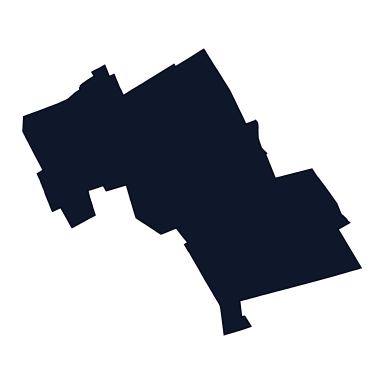 outline of Sahateni, Buzau, Romania
{"feature_id": "2599482B74966018591797", "entity_name": "Sahateni", "entity_type": "district", "adm_level": 2, "iso_a3": "ROU", "parent_name": "Romania", "parent_adm1": "Buzau", "projection": "albers", "projection_center": [26.561, 45.012], "detail": "fine", "context": "isolated", "style": "filled", "palette": "ink", "viewbox_px": 384, "rotation_deg": 0, "n_neighbors": 0, "source": "geoboundaries", "source_scale": "gbopen_adm2", "svg_char_len": 5580}
<svg xmlns="http://www.w3.org/2000/svg" viewBox="0 0 384 384"><path d="M361.0,267.8L357.3,261.7L355.4,258.5L350.4,250.1L346.8,244.1L343.2,238.0L337.9,229.2L342.9,226.4L349.5,222.7L349.1,222.3L348.5,221.9L347.9,221.6L347.6,221.3L346.6,219.4L345.4,218.2L344.4,217.3L344.2,217.1L343.1,216.0L341.1,214.6L340.1,212.1L339.6,211.0L338.8,208.9L336.7,203.7L331.2,195.9L328.6,192.2L328.2,191.8L327.8,191.2L327.3,190.5L326.8,189.7L326.5,189.3L326.0,188.7L322.4,183.8L318.1,178.1L317.3,177.2L316.5,176.2L311.9,169.1L310.0,169.6L294.3,173.6L275.2,178.5L273.8,175.0L270.5,166.7L266.8,157.6L265.5,154.6L266.5,153.3L263.9,150.9L263.5,150.4L261.3,148.1L259.3,142.4L258.1,138.5L257.9,136.3L257.9,134.8L257.8,134.2L257.8,132.9L257.8,131.7L257.7,131.3L257.7,129.7L257.8,128.6L257.9,128.3L257.8,126.2L257.7,125.0L257.4,123.1L257.1,122.2L256.4,121.6L255.5,120.4L255.3,120.5L255.2,120.6L254.8,120.9L254.5,121.1L253.8,121.3L251.9,122.0L251.5,122.1L251.1,122.3L246.1,124.1L245.4,123.5L245.3,123.4L244.8,122.3L243.4,119.1L242.5,117.3L241.7,115.6L241.0,114.1L238.9,109.9L236.8,105.5L236.7,105.3L233.8,99.2L233.1,97.8L232.1,95.8L230.0,91.5L229.5,90.5L228.7,89.2L225.5,84.1L223.8,81.4L222.4,79.2L220.2,75.5L218.1,72.3L216.9,70.1L216.6,69.9L215.4,68.0L213.3,64.8L212.3,63.1L211.3,61.5L210.7,60.5L209.7,58.9L208.8,57.6L207.7,55.7L207.0,54.6L206.9,54.5L205.0,51.2L204.7,50.7L204.5,50.4L203.7,49.4L197.6,53.2L193.3,55.9L193.3,56.0L193.2,56.1L175.3,67.0L174.8,65.9L174.0,64.5L173.7,64.7L166.3,69.2L159.4,73.5L154.4,76.6L152.1,78.0L146.5,81.4L144.2,82.9L142.3,84.1L138.3,86.4L136.3,87.7L135.9,87.9L133.0,89.6L132.3,90.0L129.3,91.9L128.6,92.4L127.0,93.4L125.2,94.5L123.6,95.5L122.9,94.8L121.8,92.6L121.6,92.1L121.5,91.8L121.4,91.5L119.9,88.6L119.4,87.8L119.0,86.9L117.2,82.3L116.4,80.5L115.0,77.0L114.1,74.6L113.1,74.9L111.5,75.7L109.3,76.6L108.2,74.1L106.8,70.5L106.2,69.0L104.7,65.4L104.2,65.7L102.8,66.4L102.4,66.6L102.0,67.0L100.8,67.6L99.8,68.2L97.8,69.2L97.0,69.6L96.0,70.1L95.1,70.5L94.0,71.1L92.8,71.7L92.3,72.0L92.0,72.2L92.3,72.7L92.7,73.3L94.4,76.2L94.2,76.3L93.9,76.5L93.3,76.8L92.9,77.1L92.3,77.4L91.6,77.9L91.1,78.1L90.4,78.6L89.6,79.2L88.6,79.8L88.2,80.0L86.8,81.0L85.5,81.9L85.0,82.3L84.7,82.5L84.3,82.7L83.9,83.0L83.5,83.3L82.6,83.9L81.7,84.6L81.4,84.9L81.2,85.2L80.9,85.5L80.6,85.7L80.7,85.8L80.6,86.6L80.3,87.0L79.8,87.7L79.7,88.0L79.9,88.7L80.5,89.3L80.4,89.6L80.1,89.8L79.7,90.0L78.7,90.8L78.4,91.0L78.1,91.2L77.5,91.5L77.1,91.8L76.5,92.3L76.3,92.4L76.0,92.5L75.6,92.7L75.5,92.8L74.9,93.3L74.3,93.8L73.7,94.4L72.6,95.4L72.5,95.5L72.0,95.9L71.9,96.0L71.5,96.3L71.3,96.4L70.8,96.9L70.2,97.4L69.8,97.8L69.3,98.3L68.4,99.0L66.9,99.9L66.3,100.2L62.2,102.1L61.0,102.6L59.1,103.5L57.0,104.4L54.6,105.2L52.4,106.1L49.9,107.0L47.8,107.8L45.1,108.9L40.8,110.5L38.2,111.5L34.2,112.9L31.7,113.8L29.7,114.6L28.1,115.1L24.0,116.7L23.8,116.7L23.8,117.5L23.7,118.8L23.6,119.9L23.5,122.1L23.4,124.9L23.3,126.0L23.2,128.2L23.0,130.7L23.0,131.3L23.4,132.0L24.6,134.5L25.1,135.3L26.1,137.5L26.9,138.9L27.3,139.8L28.6,142.1L29.0,142.9L30.4,145.8L31.7,148.2L32.3,149.3L32.9,150.5L34.2,153.1L34.5,153.6L36.0,156.5L36.8,157.8L37.5,159.2L38.6,161.3L40.8,165.4L41.9,167.6L42.4,168.6L43.0,169.9L43.2,170.3L37.5,173.7L38.1,175.3L39.0,177.3L39.8,178.8L40.1,179.5L40.4,179.7L40.5,180.5L40.7,181.0L40.8,181.6L41.1,182.3L41.5,183.3L41.9,184.1L42.2,184.9L42.8,186.6L43.9,189.1L44.3,190.1L44.8,191.2L44.8,191.5L45.1,192.8L45.6,194.1L45.9,194.9L46.4,196.2L47.9,199.9L48.3,200.8L49.0,202.4L49.5,203.7L49.9,204.8L50.5,206.2L51.3,208.4L51.7,209.3L52.5,211.2L53.3,210.9L54.3,210.4L55.2,210.0L56.6,209.3L60.8,207.4L61.6,208.9L62.4,210.2L63.2,211.7L64.1,213.3L64.8,214.5L65.3,215.5L66.0,216.7L66.9,218.3L67.4,219.1L71.8,227.2L72.0,227.5L73.8,226.6L75.4,225.7L76.9,224.9L79.4,223.5L80.2,223.0L81.1,222.6L82.2,222.0L83.0,221.6L84.0,221.0L85.2,220.3L88.1,218.7L93.1,216.1L95.0,215.1L94.8,214.6L94.3,213.0L93.8,211.5L92.7,208.1L92.4,207.2L92.0,205.5L91.5,203.9L90.9,202.0L90.5,201.3L90.3,200.1L89.7,198.4L88.8,195.0L88.3,193.1L88.0,191.3L87.9,190.8L87.9,190.3L90.5,189.6L93.3,188.7L95.3,188.1L98.6,187.0L103.3,185.3L106.3,190.7L123.1,185.7L126.4,184.8L127.2,187.4L128.4,191.5L130.1,197.3L130.5,199.0L131.5,202.0L132.1,204.0L133.0,207.1L133.4,208.5L134.3,211.6L135.9,216.7L136.3,217.8L142.3,221.8L146.9,224.7L148.3,225.6L151.1,227.5L153.9,229.3L155.9,230.7L160.7,233.8L161.0,234.0L162.7,233.3L164.6,232.6L167.2,231.5L169.2,230.7L170.7,230.0L171.4,229.8L173.5,228.9L176.3,227.8L177.4,229.2L177.7,229.7L181.7,234.8L184.8,238.7L185.3,239.4L186.2,240.3L186.8,241.0L187.5,241.7L187.9,242.2L188.1,242.4L184.7,244.6L186.2,247.0L188.6,251.3L189.0,251.3L190.5,253.9L190.5,254.0L193.5,259.2L195.6,262.7L195.7,262.9L195.8,263.1L195.9,263.3L199.2,269.0L199.7,270.0L199.8,270.1L201.5,273.1L204.8,278.9L204.9,279.2L206.4,281.7L206.8,282.3L208.6,285.4L210.3,288.3L210.9,289.3L213.3,293.3L214.1,294.8L217.7,300.8L218.9,302.7L219.9,304.7L220.2,305.4L220.6,306.7L221.0,309.0L221.5,312.4L224.3,334.6L224.5,334.5L236.1,331.1L241.5,329.5L250.8,326.3L250.5,325.8L250.1,325.1L244.6,316.3L241.5,316.9L239.6,300.7L241.0,300.3L247.1,298.8L248.5,298.4L250.3,297.8L250.9,297.7L254.5,296.8L258.4,295.7L259.0,295.5L260.8,295.0L262.0,294.7L263.9,294.2L265.4,293.9L267.1,293.4L275.4,291.2L276.0,291.0L282.0,289.5L286.0,288.4L287.0,288.2L287.8,288.0L289.2,287.6L292.0,286.8L294.1,286.3L299.5,284.8L303.4,283.8L303.6,283.8L304.7,283.5L310.1,282.0L318.8,279.7L324.5,278.1L330.2,276.6L336.2,274.9L340.6,273.6L346.4,272.0L346.8,271.8L347.7,271.6L348.6,271.3L349.2,271.1L349.5,271.0L355.3,269.4L355.6,269.4L361.0,267.8Z" fill="#0f172a" stroke="#020617" stroke-width="1.5"/></svg>